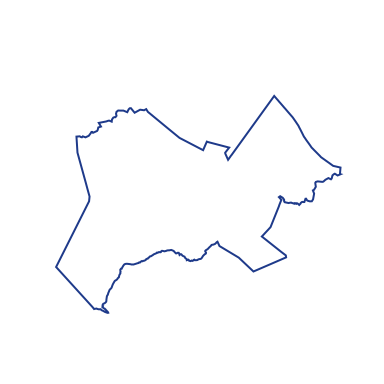 Santa María Tecomavaca, Oaxaca, Mexico (Mercator projection), rotated 346°
{"feature_id": "50627088B6219155410913", "entity_name": "Santa María Tecomavaca", "entity_type": "district", "adm_level": 2, "iso_a3": "MEX", "parent_name": "Mexico", "parent_adm1": "Oaxaca", "projection": "mercator", "projection_center": [-97.1, 17.955], "detail": "fine", "context": "isolated", "style": "outline", "palette": "blue", "viewbox_px": 384, "rotation_deg": 346, "n_neighbors": 0, "source": "geoboundaries", "source_scale": "gbopen_adm2", "svg_char_len": 4808}
<svg xmlns="http://www.w3.org/2000/svg" viewBox="0 0 384 384"><g transform="rotate(346 192 192)"><path d="M167.6,100.5L165.3,101.1L161.6,99.6L155.5,101.2L153.0,95.9L151.8,95.7L150.5,96.5L148.5,98.9L145.1,96.4L140.0,95.1L138.2,95.9L137.2,97.7L137.2,99.8L135.8,100.9L135.0,100.6L133.6,100.8L131.9,102.3L131.1,104.3L129.1,102.8L128.1,102.6L125.8,102.8L118.3,102.4L119.5,106.5L116.7,106.7L115.5,109.0L114.7,109.8L110.3,110.6L109.8,109.6L109.0,109.4L107.9,110.5L105.4,112.5L101.9,113.2L99.5,111.6L98.4,112.3L97.5,111.8L96.5,110.8L93.3,110.3L90.4,126.1L91.2,158.4L91.3,163.9L91.5,171.6L89.9,176.1L42.0,231.9L67.8,279.9L68.7,281.9L69.7,281.8L70.4,282.0L71.2,282.0L71.9,282.6L73.0,283.2L74.1,283.5L74.7,283.5L75.2,283.8L75.4,284.4L76.0,285.1L76.6,285.5L77.3,286.1L77.8,286.6L78.3,287.1L78.9,287.6L79.6,288.0L80.7,288.8L81.5,288.9L81.5,288.5L81.1,287.7L80.5,286.7L80.2,286.0L79.9,285.7L79.6,285.2L79.6,284.9L79.2,284.5L79.1,284.1L78.1,283.3L78.0,283.1L77.5,282.3L77.3,282.1L78.0,281.2L77.6,280.9L78.1,279.7L78.9,279.0L80.3,278.8L81.5,278.2L82.2,277.7L82.6,276.8L83.0,275.5L83.5,274.3L84.1,272.8L84.7,271.9L85.5,271.3L85.9,270.5L86.5,269.5L87.4,268.4L87.9,267.6L88.4,267.0L89.1,266.5L90.1,266.0L90.9,265.3L91.8,263.9L92.8,262.5L93.7,261.5L94.4,260.8L95.1,260.0L95.8,259.5L96.9,259.2L98.1,258.7L98.7,258.2L99.1,257.7L99.8,257.4L100.4,257.1L100.6,256.5L101.0,255.9L101.3,255.3L101.6,254.8L102.1,254.3L102.7,253.8L102.9,253.4L103.0,252.5L103.4,252.1L103.4,251.3L103.6,250.1L104.0,249.7L104.7,249.2L105.2,249.4L105.7,248.8L106.6,247.8L107.4,247.0L108.6,246.0L109.6,245.7L110.4,245.7L111.5,245.9L113.4,246.6L113.9,246.8L114.4,247.0L115.3,247.4L116.0,247.8L116.7,247.9L117.7,248.2L119.4,248.1L121.1,248.0L122.2,247.9L122.9,248.0L123.7,247.5L124.5,247.8L125.4,247.2L126.3,247.0L126.6,246.9L126.9,247.2L127.5,247.2L128.0,247.0L128.6,247.1L129.1,247.1L129.7,247.0L130.7,246.7L131.3,246.1L132.3,245.9L132.9,246.0L133.2,245.7L133.8,245.3L134.6,245.1L135.0,244.7L135.8,244.3L136.7,244.4L137.8,244.0L138.6,243.8L139.6,243.3L140.6,243.1L141.4,243.0L142.1,242.9L142.5,242.8L143.3,242.3L143.6,242.4L144.0,242.7L144.5,242.5L145.0,242.3L145.6,242.5L146.2,242.5L146.6,242.8L147.2,242.8L147.8,242.1L148.6,241.8L149.6,242.2L150.3,242.6L151.0,242.9L152.5,242.9L153.9,242.7L156.0,243.1L157.8,243.2L158.7,243.8L159.5,244.4L160.1,245.0L160.6,246.1L161.1,246.9L161.6,247.7L162.3,247.8L163.3,247.5L164.4,247.8L164.6,248.6L164.7,250.1L165.4,249.8L166.2,249.6L166.7,250.1L167.3,251.4L168.0,252.1L169.1,252.9L169.4,254.0L169.6,254.7L169.9,255.0L170.2,255.4L170.6,255.8L170.7,256.1L170.6,256.4L170.5,256.9L171.5,256.9L172.1,256.8L172.5,257.4L172.6,258.0L173.1,258.2L173.4,258.5L173.8,258.7L174.3,258.7L174.9,258.4L175.4,258.6L176.0,259.0L176.8,258.6L177.3,258.3L177.9,258.2L178.3,258.9L179.3,259.1L180.2,259.3L180.9,259.3L181.8,258.9L183.0,258.9L183.5,258.9L183.8,259.0L184.4,259.0L185.0,258.7L185.6,258.3L186.3,257.6L186.8,257.1L187.5,256.5L188.2,256.1L188.8,255.7L189.9,255.3L190.3,255.2L190.6,255.0L190.9,254.3L190.8,253.7L190.5,253.1L190.5,252.5L191.2,251.9L191.9,251.7L193.0,251.3L193.8,251.0L194.4,250.5L195.1,250.1L195.7,249.7L196.3,249.4L196.9,249.1L197.7,248.5L198.2,248.1L198.9,248.1L199.8,248.2L200.8,248.1L201.6,248.0L202.8,247.4L203.8,246.7L204.7,246.4L205.6,251.1L221.5,267.0L232.4,284.0L250.7,281.0L267.5,278.2L267.7,276.2L264.1,271.7L249.0,252.1L259.7,245.1L272.8,227.0L273.6,225.7L276.4,221.8L276.6,221.7L276.8,221.3L275.5,218.7L275.1,218.0L276.5,217.4L278.6,219.5L279.4,221.4L279.5,221.9L279.3,222.4L279.2,223.2L279.3,223.2L279.6,224.4L283.1,226.1L284.4,226.1L284.7,226.2L285.5,226.2L286.3,226.8L286.8,227.1L287.3,227.4L287.9,227.6L288.8,227.6L289.9,228.0L289.7,228.2L289.8,228.2L290.3,228.7L291.0,228.3L291.6,228.6L292.4,229.7L292.9,230.5L294.5,229.5L294.9,228.9L296.3,228.3L296.7,228.3L297.9,228.8L298.6,228.9L300.5,226.0L301.1,226.1L301.5,227.6L301.9,228.3L303.9,229.5L306.0,230.0L307.7,228.4L310.1,223.1L309.7,219.7L310.9,219.4L313.4,216.9L313.8,213.0L314.6,212.2L316.5,212.1L320.9,213.7L322.0,213.7L324.4,212.4L327.7,211.5L329.9,213.3L330.8,212.7L332.3,209.9L333.8,209.1L335.0,208.8L337.3,211.2L340.4,210.7L339.9,210.4L342.0,204.2L335.3,200.8L325.6,189.4L324.8,187.9L320.4,180.5L319.6,179.1L318.8,177.8L318.0,175.6L317.1,173.3L316.7,172.3L316.0,170.6L315.4,169.1L314.7,167.1L314.1,165.6L314.0,165.4L313.1,161.3L312.5,158.7L312.1,157.0L311.7,155.4L311.2,153.1L311.1,152.9L310.4,151.0L309.8,149.3L309.2,147.7L307.8,144.0L307.7,143.8L307.5,143.4L304.6,137.7L304.2,136.9L302.3,133.1L302.1,132.8L299.6,127.8L299.1,126.8L298.5,125.7L297.4,123.4L296.9,122.5L295.0,118.7L239.3,165.7L238.2,166.5L237.7,167.0L236.4,168.1L236.2,168.3L234.8,169.5L233.6,162.8L233.7,161.9L238.8,157.9L219.6,147.4L218.6,146.7L214.9,151.5L212.9,154.1L193.0,136.5L184.5,125.1L168.6,103.6L167.6,100.5Z" fill="none" stroke="#1e3a8a" stroke-width="2"/></g></svg>